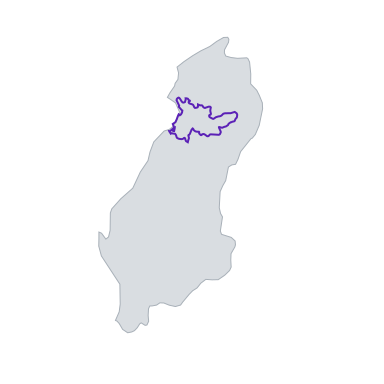 Lezhë on a map of Albania (orthographic projection), rotated 26°
{"feature_id": "ALB-1528", "entity_name": "Lezhë", "entity_type": "County", "adm_level": 1, "iso_a3": "ALB", "parent_name": "Albania", "parent_adm1": "", "projection": "orthographic", "projection_center": [19.841, 41.793], "detail": "fine", "context": "in_parent", "style": "outline", "palette": "violet", "viewbox_px": 384, "rotation_deg": 26, "n_neighbors": 0, "source": "natural_earth", "source_scale": "10m", "svg_char_len": 4113}
<svg xmlns="http://www.w3.org/2000/svg" viewBox="0 0 384 384"><g transform="rotate(26 192 192)"><path d="M128.4,117.7L128.7,112.5L129.9,104.4L129.2,101.7L130.0,97.0L127.7,90.8L123.8,86.3L127.6,78.4L133.1,68.8L138.1,61.2L144.2,53.4L148.2,45.8L152.6,39.3L156.3,37.3L158.2,38.6L159.2,41.5L158.9,50.0L160.2,52.9L162.8,55.0L168.2,54.0L174.3,51.9L182.4,47.4L183.8,47.6L186.8,50.0L193.1,60.2L197.3,69.1L205.6,72.2L210.2,75.7L216.1,81.0L219.0,86.3L223.2,102.7L223.7,112.5L222.6,117.1L221.6,118.3L218.0,134.4L219.0,142.6L219.0,148.0L215.9,150.2L213.8,153.6L217.3,167.0L216.9,172.7L217.1,179.3L223.4,194.2L227.1,198.8L230.3,201.0L234.6,214.7L237.1,217.1L247.2,215.6L252.2,217.1L254.2,220.4L254.6,222.6L254.1,230.3L256.7,236.2L260.1,242.3L260.2,246.0L258.0,252.2L254.0,259.3L248.6,262.1L242.7,264.5L239.9,270.1L238.6,276.0L235.9,280.4L234.3,285.2L231.9,295.0L231.3,298.6L227.3,302.2L221.1,303.7L215.4,304.1L211.7,305.7L209.8,309.1L206.2,311.8L204.0,313.0L204.1,316.0L206.7,322.2L209.7,327.2L209.8,331.3L208.3,332.4L203.7,331.9L202.8,333.4L202.3,337.9L201.1,341.8L199.2,344.2L195.9,346.7L189.9,345.9L184.2,342.1L181.2,340.9L179.5,341.0L179.1,331.6L176.6,324.2L167.6,306.5L138.6,289.2L131.9,281.5L128.9,275.0L125.9,268.8L128.8,268.7L131.6,270.2L135.2,272.1L136.7,269.0L135.2,262.3L127.8,246.6L127.3,242.3L131.0,229.2L137.1,214.5L136.8,196.6L138.7,183.1L136.7,174.4L135.7,163.7L140.2,149.4L144.0,145.9L146.3,141.4L146.5,126.2L138.1,119.1L128.4,117.7Z" fill="#d9dde1" stroke="#a8b0b8" stroke-width="1"/><path d="M144.8,147.3L145.5,147.1L147.0,143.6L147.5,143.6L147.6,144.7L147.8,145.3L148.4,145.4L149.2,145.0L148.5,142.3L148.2,141.5L147.5,142.2L147.2,141.4L144.9,139.3L146.5,136.5L146.4,133.3L146.0,129.8L146.0,128.0L147.4,128.4L148.1,127.1L148.2,124.9L147.6,123.0L147.1,123.0L142.8,121.2L142.6,120.0L137.9,116.3L137.6,115.1L137.9,113.9L138.5,113.1L139.2,113.0L140.2,113.4L142.8,115.0L144.2,115.6L145.3,115.3L146.2,114.3L145.9,112.2L145.5,111.0L145.2,110.6L146.0,110.2L147.3,110.0L147.6,110.1L147.8,110.2L148.1,110.5L148.5,110.7L149.0,110.8L149.9,110.8L150.1,110.9L150.2,111.1L150.1,111.3L149.9,111.7L149.6,112.2L149.5,112.6L149.7,112.9L149.9,113.1L150.6,113.5L151.2,113.5L154.0,113.1L154.7,113.2L155.3,113.5L156.7,114.7L157.7,115.1L158.4,114.8L159.0,114.3L159.6,113.8L159.9,113.4L159.9,113.0L159.9,112.6L159.0,110.7L161.3,110.6L162.8,109.8L163.3,109.8L163.8,110.0L164.4,110.5L165.6,110.9L166.2,110.9L166.8,110.8L167.2,110.4L167.7,109.8L168.5,109.1L169.3,108.2L170.1,107.7L171.0,107.4L171.4,107.5L171.9,107.9L172.0,108.4L172.3,109.5L172.8,111.0L173.2,111.5L174.7,113.4L174.8,113.8L174.8,114.2L174.7,114.5L174.0,115.1L173.9,115.5L174.0,116.0L174.3,116.4L174.7,116.8L175.4,117.0L178.4,117.1L179.0,117.0L179.4,116.6L180.3,115.0L180.8,114.2L182.6,112.5L183.7,111.8L184.4,111.2L185.1,110.1L185.8,108.0L186.5,107.3L187.3,106.7L192.2,104.2L195.3,101.3L197.6,101.7L198.5,102.4L198.9,103.0L199.5,104.9L199.6,105.5L199.4,106.1L199.2,106.6L199.1,107.3L199.1,108.1L199.2,109.2L199.1,109.7L198.9,110.0L197.4,111.2L197.1,111.6L196.9,111.9L196.7,112.1L196.4,112.2L196.2,112.4L196.0,112.7L195.0,114.6L195.0,116.1L193.7,118.3L192.9,118.9L191.9,119.9L191.2,120.8L190.3,121.2L189.3,121.4L188.5,121.5L188.0,121.7L187.8,121.9L188.0,122.3L191.3,125.1L191.7,125.9L191.7,127.3L191.7,127.9L191.1,128.8L183.7,131.9L183.1,132.3L182.8,132.8L182.5,134.0L182.2,134.6L181.7,135.0L181.0,135.2L178.3,134.7L177.5,134.7L177.0,134.8L176.0,135.5L175.8,135.8L175.7,136.0L175.7,136.4L175.4,136.8L174.9,137.0L173.4,136.5L172.8,136.2L172.5,135.8L172.1,134.9L171.8,134.8L170.6,135.4L169.2,135.9L168.1,136.0L166.4,135.6L165.6,134.9L164.9,134.6L164.7,134.6L164.3,136.3L164.6,140.7L164.3,142.0L164.0,142.2L163.9,142.6L164.1,143.0L165.2,144.3L165.6,144.9L165.8,145.7L165.8,146.4L166.4,149.1L164.4,148.9L163.8,148.5L163.1,147.8L162.4,146.9L162.0,146.7L161.6,146.6L161.1,147.0L161.0,147.4L160.8,147.8L160.3,148.4L159.4,149.1L157.0,149.9L155.7,150.0L154.8,149.9L154.2,149.5L153.8,149.1L153.1,148.3L152.8,148.0L151.5,147.2L151.0,147.1L149.3,147.8L148.1,148.0L147.9,148.1L147.7,148.2L147.4,148.9L145.0,147.5L144.8,147.3Z" fill="none" stroke="#5b21b6" stroke-width="2"/></g></svg>